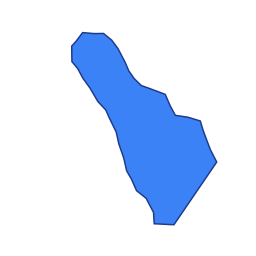 the district of Kannavia, Nicosia, Cyprus, rotated 125°
{"feature_id": "46923920B89449499533313", "entity_name": "Kannavia", "entity_type": "district", "adm_level": 2, "iso_a3": "CYP", "parent_name": "Cyprus", "parent_adm1": "Nicosia", "projection": "equal_earth", "projection_center": [32.984, 34.982], "detail": "fine", "context": "isolated", "style": "filled", "palette": "blue", "viewbox_px": 256, "rotation_deg": 125, "n_neighbors": 0, "source": "geoboundaries", "source_scale": "gbopen_adm2", "svg_char_len": 627}
<svg xmlns="http://www.w3.org/2000/svg" viewBox="0 0 256 256"><g transform="rotate(125 128 128)"><path d="M80.8,72.8L84.8,85.1L90.5,96.5L85.6,106.2L79.1,116.8L83.2,132.7L85.6,141.5L84.0,151.2L80.8,160.0L75.9,167.9L68.6,182.0L65.4,191.7L64.6,202.3L70.3,210.2L71.4,212.2L75.9,219.9L86.9,220.3L93.2,221.1L100.7,215.7L105.8,212.0L108.2,203.2L113.1,193.5L117.1,182.0L123.6,167.9L126.0,156.5L130.8,148.5L138.1,135.3L146.2,126.5L155.1,114.2L163.9,104.5L168.0,95.7L174.4,85.1L175.2,72.8L182.5,58.7L191.4,51.6L180.9,34.9L105.0,35.8L98.5,48.1L91.3,58.7L86.4,65.7L80.8,72.8Z" fill="#3b82f6" stroke="#1e3a8a" stroke-width="1.5"/></g></svg>